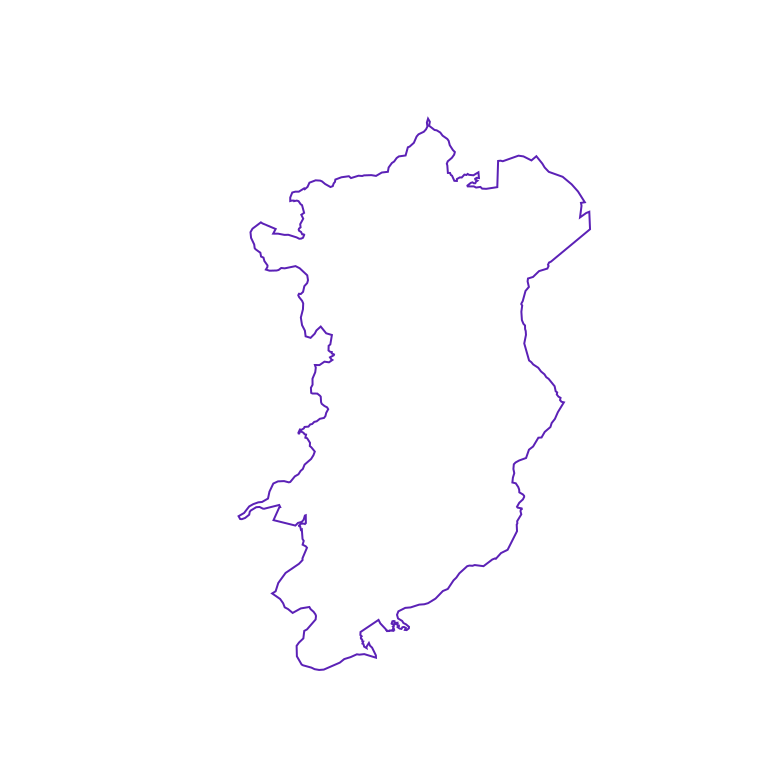 outline of Aschileu, Cluj, Romania, rotated 307°
{"feature_id": "2599482B95199395235203", "entity_name": "Aschileu", "entity_type": "district", "adm_level": 2, "iso_a3": "ROU", "parent_name": "Romania", "parent_adm1": "Cluj", "projection": "albers", "projection_center": [23.469, 46.985], "detail": "fine", "context": "isolated", "style": "outline", "palette": "violet", "viewbox_px": 768, "rotation_deg": 307, "n_neighbors": 0, "source": "geoboundaries", "source_scale": "gbopen_adm2", "svg_char_len": 6166}
<svg xmlns="http://www.w3.org/2000/svg" viewBox="0 0 768 768"><g transform="rotate(307 384 384)"><path d="M477.6,538.7L476.6,536.4L477.1,534.3L479.2,533.3L478.9,531.0L479.6,528.3L481.5,527.4L481.5,525.5L484.9,521.6L487.2,512.3L487.1,509.5L488.3,506.3L488.5,501.9L489.8,497.4L489.4,491.4L490.1,488.5L490.1,485.7L500.8,471.6L508.7,467.8L511.6,465.3L512.8,463.6L515.6,461.4L516.0,459.1L518.0,455.7L524.4,450.2L529.9,447.1L530.3,445.7L530.9,445.3L533.7,444.9L543.5,441.0L548.7,441.3L552.4,436.9L554.9,435.5L559.2,438.6L567.5,439.9L574.5,445.0L577.3,444.4L577.9,443.2L580.3,442.7L582.2,443.7L631.6,455.4L645.1,444.3L642.3,442.6L635.0,440.3L645.2,434.5L647.2,432.3L650.0,435.0L654.5,423.1L656.4,413.7L657.0,402.0L652.6,387.9L653.6,382.0L655.3,377.8L657.6,368.6L651.3,367.2L649.7,358.4L647.3,354.0L633.4,344.8L632.5,342.7L630.8,340.9L609.4,356.0L601.4,348.2L599.1,344.8L599.4,342.4L596.3,339.3L595.9,336.9L592.2,331.9L592.7,331.2L596.9,332.3L598.3,333.3L598.4,335.0L599.3,336.1L600.8,335.7L602.6,336.3L602.2,333.9L602.8,333.3L604.5,334.0L605.6,335.9L609.9,332.0L604.5,329.8L602.2,326.0L602.1,324.4L600.6,324.1L599.6,322.2L595.7,321.8L594.6,320.2L591.6,318.9L590.0,320.0L588.6,317.9L591.3,313.0L591.2,311.5L592.3,309.7L591.0,308.0L596.7,303.0L597.7,301.6L600.2,300.9L605.5,302.1L609.4,302.0L611.9,301.0L612.3,298.2L614.3,292.8L617.1,289.3L617.8,287.1L617.6,281.3L618.7,277.6L618.3,273.4L617.3,271.5L617.4,264.6L621.0,262.8L622.4,259.5L618.6,260.9L615.8,263.7L612.7,264.3L609.4,264.0L604.2,261.3L601.3,261.1L594.6,262.7L589.0,261.6L587.4,260.6L579.5,263.7L574.7,258.9L572.1,258.1L567.8,258.2L565.2,257.3L559.7,257.4L555.8,259.4L551.6,255.0L545.4,252.4L543.2,248.2L538.6,242.5L537.0,241.4L535.0,238.3L528.6,233.7L528.8,230.9L523.5,225.6L518.0,222.1L515.9,223.2L513.9,223.1L511.2,224.0L509.1,222.7L508.3,216.6L508.5,212.4L508.0,210.6L505.5,206.8L499.9,203.3L495.4,204.3L491.9,203.5L492.2,202.5L486.3,200.2L484.2,197.4L481.7,195.5L476.5,196.9L473.7,199.0L475.0,200.0L476.2,201.6L475.9,202.1L478.0,204.0L478.6,205.7L477.4,209.3L477.5,210.9L472.6,217.2L469.4,216.1L467.4,220.0L461.2,220.9L458.9,223.1L457.0,222.6L455.9,223.0L455.3,223.9L455.5,226.3L454.3,228.6L455.2,229.8L455.1,230.5L452.1,231.3L450.3,230.4L449.0,228.9L448.5,226.0L445.6,217.8L443.2,214.8L440.4,209.1L437.4,205.0L442.6,204.2L439.1,190.3L439.0,188.4L428.9,185.5L424.9,186.0L420.7,189.9L417.3,196.4L414.7,198.9L414.3,200.4L414.4,206.3L411.8,209.1L412.4,211.7L410.2,214.5L408.6,219.6L407.2,220.5L404.3,220.8L405.6,224.4L410.0,229.9L411.6,231.2L414.8,232.1L416.6,235.1L424.9,242.4L425.7,247.0L424.6,257.3L421.2,260.8L418.4,261.9L414.2,261.5L408.9,263.9L405.8,263.4L404.9,261.8L403.3,262.1L402.3,263.9L401.1,268.6L399.7,271.0L394.9,274.3L387.0,277.6L381.7,283.1L379.0,288.7L374.9,292.7L376.7,297.6L382.5,298.4L386.1,297.8L391.8,298.9L389.7,307.3L391.8,312.9L383.3,317.3L381.2,316.8L377.4,319.5L377.3,321.5L378.1,323.1L377.0,323.8L377.5,326.3L376.7,326.6L372.8,324.8L372.0,327.0L372.1,328.3L368.2,327.0L366.0,323.0L360.3,321.1L357.6,317.4L356.0,319.7L352.0,322.0L345.2,323.7L340.4,327.4L337.0,327.9L333.1,331.2L333.3,332.5L336.2,336.5L336.1,340.0L335.8,341.1L331.6,344.7L330.7,346.2L330.6,349.7L331.1,352.6L330.3,354.6L326.2,355.2L323.2,356.5L320.8,356.5L317.6,353.7L313.7,352.7L311.8,351.1L308.8,350.7L307.3,349.4L304.5,349.3L301.9,346.4L300.3,346.7L297.8,345.7L297.1,344.2L293.5,345.0L293.1,345.6L293.5,346.1L295.1,345.5L296.2,346.6L296.6,349.1L296.1,350.7L296.7,352.2L293.8,353.5L294.4,355.3L292.5,360.3L289.8,362.1L289.7,364.1L288.4,369.4L284.7,370.5L280.3,370.9L271.8,369.1L267.3,370.3L264.4,369.7L260.4,370.0L256.6,368.4L249.4,368.1L248.2,367.2L246.3,362.6L242.4,357.9L237.9,355.5L229.1,357.3L222.7,360.3L216.4,357.6L213.8,354.8L209.4,351.9L205.1,350.0L196.8,349.9L190.9,347.4L189.6,350.4L190.5,351.8L193.4,353.7L198.5,355.0L201.1,353.7L202.7,353.7L208.7,356.1L210.9,358.6L211.6,362.3L212.3,363.4L224.3,373.1L223.2,375.2L222.5,374.6L208.8,377.7L217.6,398.4L221.3,398.9L224.4,401.3L227.2,401.5L231.3,400.0L232.1,400.5L225.9,405.3L223.8,405.0L224.7,404.7L222.5,401.8L219.7,401.3L219.4,401.8L219.8,402.8L217.5,405.5L218.4,405.9L211.2,412.2L210.4,414.3L206.7,415.7L207.3,419.2L206.9,421.0L195.7,423.8L194.4,424.9L189.2,424.3L173.9,419.1L161.5,419.3L153.2,422.2L149.4,420.7L149.8,430.4L148.2,435.4L145.9,439.1L146.5,442.8L146.2,448.8L154.7,452.6L161.0,458.6L160.0,460.9L159.7,464.9L158.7,468.0L157.8,469.3L154.8,471.1L141.7,470.2L138.8,468.9L132.3,472.7L126.3,471.7L122.3,471.8L114.1,478.3L110.4,487.0L110.6,488.6L113.8,496.7L114.5,500.2L116.6,504.3L119.7,507.8L134.9,516.4L140.4,517.8L145.8,521.7L151.8,525.0L153.0,527.2L156.4,530.8L160.6,542.3L162.4,540.8L166.3,533.1L166.6,530.3L168.1,527.8L163.3,528.2L162.6,529.0L162.3,526.2L163.9,524.2L163.7,523.0L165.9,522.4L165.5,521.5L166.8,520.3L166.8,518.8L167.9,517.9L169.1,518.0L169.3,516.2L171.8,514.5L192.3,521.6L190.6,525.1L189.2,533.1L188.7,533.9L189.0,534.6L188.5,535.1L190.0,537.0L190.5,536.8L193.0,540.8L192.8,539.1L193.8,540.0L194.5,539.1L194.3,538.4L195.3,538.0L195.5,537.3L196.2,537.7L197.6,536.8L198.9,537.4L199.0,536.9L197.3,535.8L197.2,534.3L199.6,533.5L200.7,534.5L200.9,535.2L199.9,535.7L199.8,536.5L201.0,537.9L200.0,537.9L200.5,538.7L199.9,538.6L199.6,539.8L200.1,541.2L199.6,541.6L198.7,540.8L198.0,541.1L198.1,543.7L198.9,545.3L200.9,545.1L202.0,546.2L202.3,548.3L200.2,548.7L201.1,550.2L203.8,550.9L205.1,550.1L205.3,546.1L204.8,543.4L205.7,541.1L205.2,536.3L207.5,533.3L211.1,532.3L218.0,535.7L221.6,539.7L229.0,544.9L232.3,548.7L235.5,551.1L243.6,554.3L254.1,555.6L258.7,558.3L269.1,557.7L272.9,558.3L278.1,558.1L288.6,560.1L290.4,561.5L292.1,564.1L294.0,565.4L298.4,573.1L309.0,576.1L311.6,577.7L311.7,578.5L319.4,579.2L326.0,582.5L346.5,578.8L351.6,574.6L352.9,574.4L354.6,572.9L362.5,572.1L364.6,569.5L366.1,568.9L367.1,569.3L367.5,568.8L365.7,565.1L366.0,564.1L370.6,563.5L375.4,564.4L378.2,563.9L379.0,563.2L379.4,561.4L378.9,557.3L381.0,555.5L382.5,553.2L384.0,549.0L382.6,545.8L386.8,543.3L391.2,541.7L394.0,538.5L398.0,536.0L400.5,536.3L404.3,538.0L410.4,542.0L418.8,539.3L423.8,540.7L434.0,539.6L436.1,542.0L442.5,541.2L449.8,542.8L453.7,541.4L459.0,541.5L466.2,539.8L477.6,538.7Z" fill="none" stroke="#5b21b6" stroke-width="2"/></g></svg>